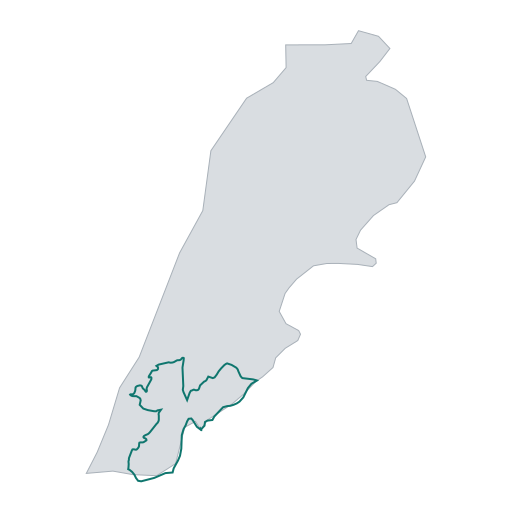 Lebanon, with An Nabatiyah highlighted
{"feature_id": "LBN-3059", "entity_name": "An Nabatiyah", "entity_type": "Province", "adm_level": 1, "iso_a3": "LBN", "parent_name": "Lebanon", "parent_adm1": "", "projection": "orthographic", "projection_center": [35.465, 33.278], "detail": "fine", "context": "in_parent", "style": "outline", "palette": "teal", "viewbox_px": 512, "rotation_deg": 0, "n_neighbors": 0, "source": "natural_earth", "source_scale": "10m", "svg_char_len": 3627}
<svg xmlns="http://www.w3.org/2000/svg" viewBox="0 0 512 512"><path d="M285.7,44.9L325.5,44.8L351.2,43.5L358.5,30.7L378.5,36.3L389.9,48.5L379.9,61.5L365.7,76.5L366.6,80.3L377.3,81.4L395.4,89.3L406.6,98.5L425.7,156.9L414.5,181.1L396.9,202.7L389.0,204.7L373.5,215.5L360.5,230.2L356.0,239.5L357.1,248.1L375.7,258.8L376.2,263.2L372.5,266.6L357.5,264.4L338.1,263.4L326.7,263.5L313.5,265.8L296.6,279.1L289.1,287.8L285.1,293.4L279.2,311.4L286.0,323.7L298.7,330.6L300.5,334.2L297.8,340.5L285.2,348.3L275.7,357.8L273.0,367.5L262.5,376.9L256.0,381.3L243.7,394.1L231.5,404.4L206.7,420.4L201.0,430.0L195.5,421.4L184.7,427.3L175.6,463.6L156.6,475.7L132.8,474.6L112.9,471.1L86.3,473.4L97.2,452.2L108.5,424.8L119.6,387.8L139.2,357.1L179.6,252.9L202.8,210.6L210.9,150.7L246.6,98.2L273.3,82.6L286.1,67.6L285.7,44.9Z" fill="#d9dde1" stroke="#a8b0b8" stroke-width="1"/><path d="M199.8,429.0L196.9,426.8L192.7,420.1L191.3,418.5L188.6,418.8L187.1,421.4L185.7,425.2L183.6,429.0L181.8,435.1L181.3,448.8L180.0,455.8L178.0,460.5L173.7,468.3L172.6,472.5L165.4,473.1L154.3,477.9L141.2,481.3L138.1,480.8L136.0,478.0L134.4,474.7L132.1,471.9L129.5,469.8L128.2,469.2L128.5,467.2L128.7,464.0L128.6,463.3L128.5,461.8L128.5,461.2L128.9,459.9L128.9,458.6L129.0,458.0L131.9,450.4L132.5,449.4L133.8,449.3L135.5,449.7L136.1,449.7L136.6,449.5L137.0,449.2L138.0,448.1L138.6,447.2L139.0,446.2L139.2,443.4L139.4,442.7L140.4,442.4L142.6,442.4L143.2,442.3L143.9,442.0L146.2,440.5L146.5,440.1L146.2,439.1L145.7,438.7L145.1,438.3L144.5,438.1L143.9,437.8L143.5,437.3L143.5,436.7L144.0,436.0L145.3,435.2L146.2,434.8L147.7,434.2L148.8,433.4L150.1,432.0L156.5,423.9L157.6,422.8L158.4,421.4L158.8,420.0L158.8,415.5L158.6,414.4L158.8,412.8L161.0,409.7L157.4,410.4L156.4,411.2L155.4,411.3L153.9,411.2L147.8,410.1L143.3,408.6L139.7,404.8L140.7,400.4L140.2,398.6L139.6,398.0L139.0,397.6L136.5,396.2L135.9,396.1L135.3,396.2L132.7,396.1L132.0,395.9L131.4,395.7L130.8,395.3L130.3,394.9L130.1,394.6L130.5,394.3L132.7,394.3L133.6,393.8L134.3,393.0L135.0,391.3L135.3,390.3L135.4,389.5L135.4,389.2L135.5,388.0L135.6,387.4L136.2,386.7L137.3,386.0L139.7,385.4L140.9,385.5L141.7,385.9L142.0,386.5L142.5,387.7L142.8,388.3L143.3,388.8L144.3,389.7L144.7,390.1L145.0,390.6L145.5,391.4L146.0,391.8L146.5,391.6L146.9,390.9L146.6,388.5L147.0,387.2L151.2,379.6L151.4,378.9L151.4,378.3L151.4,377.7L151.0,377.2L150.5,377.2L149.3,377.5L148.8,377.4L148.7,376.9L149.0,376.0L150.9,373.0L151.5,371.9L152.0,371.0L152.7,370.6L155.3,370.3L156.8,370.1L157.4,369.7L157.9,369.2L158.1,367.9L157.9,367.1L157.3,366.6L156.8,366.3L156.4,365.9L158.6,364.6L168.7,362.3L170.4,362.7L171.9,362.6L172.6,362.5L173.9,362.1L176.5,360.6L177.1,360.3L177.9,360.2L179.2,360.2L179.8,360.0L180.5,359.8L181.0,359.3L181.5,358.8L182.0,358.1L182.6,357.8L183.1,357.8L183.5,357.9L183.7,358.0L183.8,358.1L183.6,360.5L182.5,367.4L182.5,368.1L183.3,386.1L182.8,389.8L183.5,392.1L187.1,400.1L189.7,392.7L190.8,390.8L191.8,390.5L192.3,390.3L193.1,389.9L193.5,389.7L194.0,389.7L194.5,389.8L194.9,390.0L195.5,390.2L196.2,390.3L197.6,390.1L198.3,389.7L198.9,388.9L199.1,388.4L200.1,385.4L204.1,381.6L205.5,381.0L206.4,380.2L208.3,376.6L212.8,378.1L214.6,377.4L216.8,374.5L218.7,371.3L221.2,368.3L224.4,365.0L226.0,363.9L227.1,363.4L231.6,364.9L236.3,367.7L237.7,369.4L238.4,371.4L240.6,376.2L241.6,377.4L242.4,378.1L253.1,379.4L256.8,380.4L257.0,380.5L251.4,383.8L247.9,388.1L243.3,397.4L239.5,401.6L236.8,403.4L233.6,404.8L230.3,405.8L227.2,406.1L223.1,407.2L214.3,416.5L212.4,420.0L207.5,420.6L205.0,422.0L204.5,425.7L201.4,429.0L201.3,430.1L201.2,430.1L199.9,429.0L199.9,428.9L199.8,429.0Z" fill="none" stroke="#0f766e" stroke-width="2"/></svg>